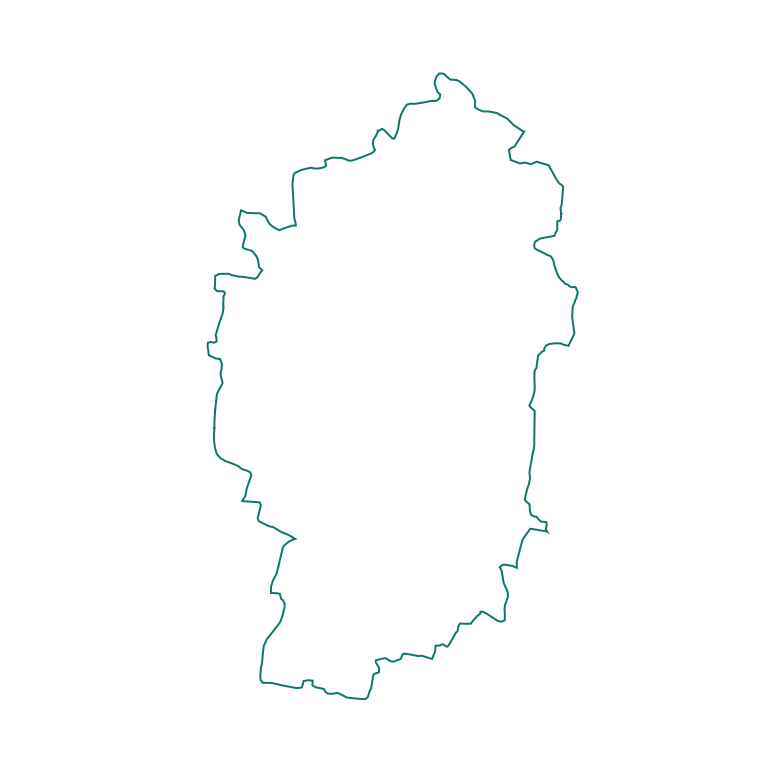 outline of Al Ma'ra, Idlib, Syria, rotated 278°
{"feature_id": "27442178B71280190344240", "entity_name": "Al Ma'ra", "entity_type": "district", "adm_level": 2, "iso_a3": "SYR", "parent_name": "Syria", "parent_adm1": "Idlib", "projection": "natural_earth1", "projection_center": [36.792, 35.566], "detail": "fine", "context": "isolated", "style": "outline", "palette": "teal", "viewbox_px": 768, "rotation_deg": 278, "n_neighbors": 0, "source": "geoboundaries", "source_scale": "gbopen_adm2", "svg_char_len": 6130}
<svg xmlns="http://www.w3.org/2000/svg" viewBox="0 0 768 768"><g transform="rotate(278 384 384)"><path d="M634.1,342.6L631.8,342.5L628.3,341.3L624.0,339.4L620.5,339.5L616.6,341.0L614.4,342.6L611.1,340.1L606.2,331.7L601.6,323.0L600.2,319.0L602.0,310.9L600.9,300.9L597.3,294.4L591.7,296.3L590.1,294.0L588.7,290.5L588.1,288.0L587.7,284.8L588.1,282.0L586.9,278.5L584.7,272.8L582.8,269.8L580.7,266.5L578.4,265.3L569.4,265.5L535.8,272.1L530.7,274.2L528.5,274.6L528.2,271.4L525.7,266.2L523.4,261.8L521.8,259.0L522.6,255.9L525.1,250.6L526.9,248.0L533.2,243.6L535.7,237.6L534.4,224.3L536.1,218.3L526.6,217.4L523.6,217.9L521.4,219.0L517.4,223.3L512.0,226.2L502.5,225.1L499.8,225.1L498.6,226.9L497.5,234.7L492.7,240.0L489.8,241.8L482.3,244.1L479.6,247.7L477.1,246.1L472.0,243.7L470.2,241.7L470.5,231.9L470.2,225.4L470.6,217.9L471.5,215.3L471.1,211.8L470.0,205.1L468.4,203.2L467.6,201.8L458.9,202.9L455.1,202.9L452.8,205.5L453.3,212.5L451.4,214.0L448.1,212.8L445.1,213.4L442.4,213.4L437.0,214.5L431.5,214.4L421.2,212.3L408.9,210.5L406.2,211.6L403.0,212.4L401.2,209.9L401.5,206.6L400.4,203.9L397.4,203.9L388.1,206.6L386.8,210.7L385.9,213.4L385.9,218.2L380.9,220.9L374.9,221.0L371.2,220.6L368.2,221.7L362.6,224.0L359.6,223.1L351.0,219.9L333.1,220.5L321.2,221.5L316.6,222.3L316.6,221.9L315.9,222.3L309.8,222.6L303.6,223.8L297.4,225.4L291.6,228.1L287.8,232.3L285.6,237.7L284.4,243.7L282.5,250.8L280.1,254.9L278.9,260.9L277.9,263.8L275.0,265.4L268.3,264.0L261.3,262.6L254.3,262.4L248.3,259.9L249.2,272.9L249.4,277.4L246.9,278.9L233.2,277.6L230.7,279.2L227.1,290.0L226.9,294.1L223.2,302.7L221.3,310.2L218.3,317.7L216.7,314.7L214.4,311.4L209.4,307.0L205.3,306.4L195.3,305.4L188.0,304.8L180.5,303.8L173.8,301.3L167.1,300.3L161.3,301.2L161.9,306.8L161.7,310.1L159.5,310.9L157.0,312.0L155.6,314.3L152.3,316.2L149.4,316.6L143.1,316.0L136.1,315.0L132.3,313.6L127.4,310.7L120.3,306.7L115.0,303.5L107.9,301.4L100.9,301.5L89.9,302.1L86.7,301.6L77.9,302.1L74.2,302.9L72.1,304.4L71.2,306.1L72.0,311.0L72.3,315.1L71.5,323.9L71.3,325.9L70.7,339.8L71.9,344.6L74.4,345.3L78.7,345.7L80.2,350.5L80.3,354.7L75.8,355.0L74.1,358.6L73.9,364.2L73.4,367.3L71.6,368.2L69.7,371.0L69.8,375.1L71.6,380.9L70.6,384.6L68.4,390.6L68.4,392.6L68.6,399.7L69.0,406.4L69.5,409.4L71.6,411.5L77.7,412.5L80.8,413.6L93.9,413.9L95.6,414.7L97.7,419.0L101.8,418.9L106.4,415.3L107.7,414.4L109.3,414.5L111.2,419.1L112.7,423.5L110.4,429.0L110.3,432.0L114.1,438.8L118.9,440.0L119.9,441.7L119.7,449.9L119.3,455.9L120.2,459.1L118.8,467.6L118.5,469.9L120.0,470.4L121.6,470.6L122.5,470.8L125.3,471.7L126.5,471.7L127.8,471.8L128.4,471.8L129.1,471.7L129.9,471.7L130.6,471.6L131.2,471.5L132.0,471.5L132.3,473.1L132.4,474.2L132.8,475.6L133.2,476.1L133.6,476.7L133.6,477.1L134.3,477.8L134.4,479.0L133.8,480.1L133.6,480.6L132.9,481.8L132.7,483.3L134.1,484.2L135.3,484.8L136.6,485.4L137.7,485.9L139.4,486.4L142.3,487.7L144.4,488.6L147.9,489.7L148.3,490.4L148.9,490.8L149.4,491.2L149.9,491.2L151.0,491.3L151.5,491.4L151.9,491.4L153.9,491.3L156.0,491.9L157.4,492.7L157.9,498.0L158.7,503.3L160.4,504.2L161.9,505.1L165.3,507.3L167.3,508.7L170.0,511.3L171.8,511.2L172.3,513.2L170.8,517.7L165.5,529.0L165.0,531.2L165.0,533.5L166.8,536.4L172.5,535.8L173.5,535.5L177.4,534.7L182.2,534.6L186.6,535.6L190.3,536.3L194.9,535.6L197.6,534.0L201.2,531.7L203.9,530.1L215.5,526.5L218.6,524.1L221.2,526.3L221.9,528.3L221.8,531.6L221.7,536.6L220.4,541.1L221.3,541.0L222.4,540.8L225.5,540.4L226.8,540.2L229.1,540.5L241.9,542.0L244.5,542.3L249.6,543.1L261.0,548.9L260.9,555.9L260.8,557.7L260.8,558.8L260.8,561.0L260.7,564.4L260.6,565.6L260.4,566.2L262.6,564.5L267.1,564.7L269.9,563.8L269.9,562.9L269.6,559.9L269.5,559.0L271.0,556.5L273.7,553.7L273.7,551.6L274.6,548.1L278.0,546.3L282.6,545.4L285.1,544.9L287.1,541.6L289.0,539.5L292.8,539.7L300.6,540.5L305.2,541.5L311.2,541.7L316.4,540.4L318.7,540.3L320.5,540.4L337.9,541.0L339.7,541.4L343.8,541.4L351.6,540.3L378.3,537.0L381.8,531.7L382.9,530.9L385.9,532.0L391.6,533.3L397.3,534.1L401.9,533.7L410.0,532.2L412.3,531.9L416.4,531.4L418.6,531.6L421.3,532.8L424.5,532.6L433.7,532.7L437.7,535.7L439.4,537.9L441.9,537.9L444.9,539.4L446.6,542.2L447.5,545.2L448.2,548.4L448.8,553.3L447.9,556.3L447.4,561.3L453.8,563.4L460.7,565.5L476.2,561.1L477.2,560.8L480.4,560.7L485.2,560.2L487.4,560.2L488.9,560.7L489.9,561.0L492.4,561.6L494.6,562.0L496.4,562.7L498.2,562.6L499.1,562.8L501.7,563.3L502.8,562.5L506.1,560.6L506.7,559.6L506.0,556.6L506.3,555.1L507.0,553.6L507.9,552.3L508.3,550.4L508.6,549.0L509.6,548.1L510.5,547.0L511.3,545.6L512.4,544.3L513.4,543.1L516.8,540.5L519.6,539.0L521.2,538.2L522.6,537.6L523.8,536.9L525.7,535.9L528.2,535.2L529.6,534.6L530.7,533.9L531.1,533.6L532.7,532.3L533.4,531.8L533.8,530.9L534.7,527.2L536.7,521.7L538.3,516.7L539.6,514.1L542.6,513.3L546.0,513.9L549.7,518.2L554.4,532.0L555.6,532.5L559.7,533.6L561.1,534.0L564.7,533.6L567.6,533.2L569.2,533.0L569.6,534.2L570.4,535.8L572.3,536.2L576.0,535.7L577.3,536.2L577.7,535.5L578.3,535.4L583.0,534.3L585.6,535.0L599.3,534.3L601.2,534.2L604.4,533.9L605.8,532.2L606.3,531.1L606.7,530.2L607.2,529.6L607.9,528.8L608.8,528.0L610.5,526.5L611.5,525.5L613.6,524.0L614.0,523.7L615.9,522.3L617.8,520.9L619.7,519.5L620.6,518.8L623.6,516.6L623.8,515.0L624.0,513.6L624.2,512.2L624.5,510.3L624.7,508.7L624.9,507.2L625.2,504.9L625.3,504.0L622.2,499.1L622.2,497.3L622.7,494.8L622.8,492.5L622.0,490.2L621.3,488.0L621.7,486.2L623.5,478.3L627.7,476.9L628.3,476.7L631.1,475.8L633.3,475.1L636.0,477.8L637.2,480.1L653.6,487.7L653.9,485.6L654.6,484.3L658.5,476.2L660.8,473.2L663.8,469.4L665.6,464.6L666.5,461.8L668.0,458.2L668.4,452.6L668.4,449.0L667.7,443.6L669.6,437.4L671.1,435.5L676.8,435.0L683.6,431.2L689.1,424.8L694.3,416.5L695.1,413.3L694.7,407.1L697.2,403.4L699.6,399.8L699.2,395.5L695.8,393.3L691.2,392.3L688.6,392.4L684.6,394.1L680.5,396.5L678.4,399.5L674.6,399.3L671.9,396.8L670.7,391.0L669.2,386.6L668.1,383.4L665.8,375.9L665.2,371.2L664.0,368.0L660.6,365.9L653.4,363.4L647.1,362.5L643.6,362.6L640.5,362.5L638.2,362.4L636.2,361.9L634.2,361.8L631.5,360.8L628.7,360.3L628.4,359.8L628.5,358.1L630.6,355.1L635.3,349.1L636.3,346.9L636.0,345.8L634.3,344.2L634.1,342.6Z" fill="none" stroke="#0f766e" stroke-width="2"/></g></svg>